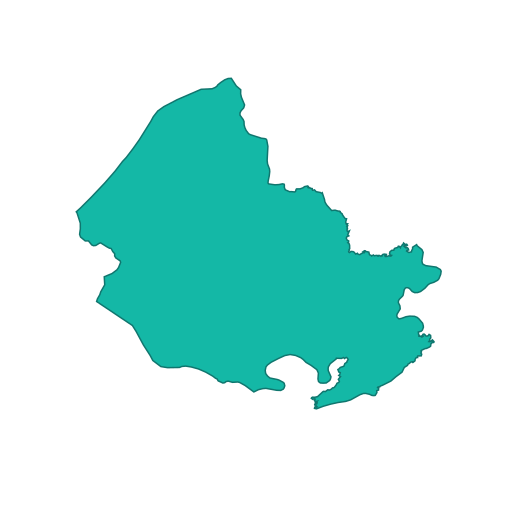 outline of Thoulakhom, Vientiane, Laos, rotated 247°
{"feature_id": "54806243B19850954629179", "entity_name": "Thoulakhom", "entity_type": "district", "adm_level": 2, "iso_a3": "LAO", "parent_name": "Laos", "parent_adm1": "Vientiane", "projection": "equal_earth", "projection_center": [102.616, 18.346], "detail": "fine", "context": "isolated", "style": "filled", "palette": "teal", "viewbox_px": 512, "rotation_deg": 247, "n_neighbors": 0, "source": "geoboundaries", "source_scale": "gbopen_adm2", "svg_char_len": 6098}
<svg xmlns="http://www.w3.org/2000/svg" viewBox="0 0 512 512"><g transform="rotate(247 256 256)"><path d="M183.3,142.0L183.3,144.6L182.1,148.3L179.1,153.1L174.5,158.9L168.7,164.4L162.4,169.2L159.2,171.0L158.1,172.1L155.8,172.4L152.0,175.9L151.6,177.7L152.1,179.2L151.7,181.5L148.9,185.0L147.1,190.1L145.9,191.6L141.0,195.4L131.7,200.9L132.0,206.0L131.3,210.3L130.3,213.4L124.3,222.6L122.6,226.2L122.8,229.1L123.6,230.3L125.3,231.8L127.9,232.2L129.2,231.6L132.8,228.7L134.1,227.2L138.3,221.1L141.0,219.7L144.1,219.0L147.1,219.8L150.0,221.8L151.2,223.9L152.3,228.5L152.9,236.6L153.1,243.6L152.0,248.9L149.0,253.6L144.9,257.5L142.3,259.0L138.5,260.5L133.9,263.9L127.6,267.6L123.9,267.7L118.6,265.0L116.0,264.5L114.0,265.6L112.7,268.2L111.7,271.0L112.6,275.2L113.7,276.5L115.5,277.8L122.2,277.7L124.2,278.4L125.7,279.3L127.9,282.3L129.9,289.6L130.5,290.0L128.3,294.7L128.4,296.8L127.0,297.5L127.4,298.7L127.2,299.8L124.8,300.5L123.4,298.5L122.7,298.1L122.3,295.8L120.2,293.8L120.5,290.0L119.7,288.4L119.5,287.0L116.8,286.9L115.7,288.0L114.2,286.8L113.7,285.5L112.0,286.7L110.3,283.6L108.1,283.8L107.3,282.8L107.2,280.8L106.1,279.6L104.5,276.8L104.4,275.8L104.7,274.9L104.0,273.3L103.9,271.2L104.8,269.8L104.1,266.9L105.0,265.4L105.0,264.7L102.5,257.7L103.0,254.9L104.0,252.8L103.8,251.8L103.4,251.3L101.8,252.3L101.9,253.7L101.3,254.5L100.9,254.4L100.1,253.3L99.4,253.7L98.7,253.5L98.4,255.5L97.3,253.2L96.8,253.3L96.8,254.7L96.2,254.3L96.6,252.3L96.2,251.9L95.8,251.9L95.3,252.7L93.4,253.3L93.3,252.4L94.0,252.0L93.9,251.0L92.9,250.3L91.7,251.9L91.4,259.2L90.5,266.7L89.1,274.2L87.1,281.8L86.6,286.9L87.7,297.5L87.5,301.1L86.7,303.2L84.4,306.4L82.4,308.2L81.4,310.0L81.1,311.3L83.0,313.9L84.9,314.5L84.7,316.4L86.4,317.3L87.3,316.5L87.8,317.3L87.2,318.9L87.7,319.6L87.6,321.9L88.2,331.4L90.2,337.6L92.0,345.0L95.5,349.0L96.1,352.7L97.1,353.7L97.2,355.2L97.8,356.8L97.7,358.2L96.7,358.7L96.7,359.1L97.3,359.4L97.0,360.6L97.5,361.5L98.5,361.9L99.6,363.2L99.7,364.4L99.4,365.1L100.6,365.5L100.8,365.9L99.5,369.1L100.9,370.2L102.1,369.8L103.2,370.9L104.1,370.7L104.5,371.4L104.7,375.3L104.3,376.9L104.4,380.0L104.7,381.4L106.9,382.8L107.1,383.7L108.0,384.7L107.1,385.2L107.0,385.9L107.6,386.4L109.9,385.6L109.2,383.5L109.3,382.4L109.7,381.7L110.5,383.0L111.7,383.4L112.0,384.5L112.6,385.0L114.7,385.7L116.2,384.7L115.4,383.4L115.4,382.0L116.6,380.7L117.3,380.9L118.5,380.2L118.7,379.2L118.2,378.5L116.8,378.5L116.6,377.1L117.7,377.3L117.6,376.2L118.5,374.6L118.8,374.6L119.1,375.4L120.1,375.0L122.6,375.7L122.2,378.7L122.8,380.2L124.9,382.2L126.3,382.7L129.0,383.1L134.5,381.4L136.5,380.4L138.5,378.4L140.6,374.0L141.5,370.4L141.7,365.8L142.2,363.1L144.3,362.0L146.2,362.3L147.5,363.3L151.0,368.1L153.9,369.0L157.4,368.8L159.2,369.7L160.3,371.3L161.8,375.2L162.4,376.1L167.1,379.3L168.2,381.1L168.0,382.3L167.3,383.6L166.1,384.6L162.3,385.9L160.3,387.7L159.2,390.4L159.0,393.6L160.3,398.8L162.4,403.4L162.7,405.4L162.3,409.4L162.7,413.7L163.5,415.4L166.9,418.8L169.7,420.5L171.5,420.4L175.4,417.5L180.8,408.5L183.0,406.6L184.2,406.3L186.7,406.8L194.0,411.3L197.1,411.2L202.5,408.3L203.7,408.3L202.9,403.6L201.2,402.8L200.3,401.5L199.1,400.7L199.5,398.1L201.7,396.5L202.2,397.0L201.9,398.9L203.4,399.0L204.4,398.6L205.1,397.0L207.3,396.0L207.7,396.6L206.4,398.4L206.8,399.6L208.0,399.3L208.3,397.9L210.3,396.9L209.3,396.0L209.3,395.2L208.5,394.4L208.0,392.7L207.2,392.2L209.1,391.5L209.4,390.8L208.5,389.8L208.9,386.9L208.7,386.2L207.5,385.1L208.2,383.1L207.5,380.9L205.8,379.7L205.5,380.0L204.5,379.7L203.6,381.0L203.2,380.1L204.3,378.3L204.4,376.4L205.0,374.8L205.9,374.7L206.0,376.4L206.5,376.7L207.6,374.9L207.9,373.5L207.5,372.5L206.9,372.2L207.3,371.5L206.9,370.9L208.4,369.7L208.6,369.1L208.1,368.7L208.1,368.3L208.6,367.8L209.0,368.0L209.6,366.9L209.9,365.1L211.1,364.4L210.8,363.9L211.0,363.5L210.8,362.4L211.9,362.0L212.3,361.3L213.2,361.0L215.5,361.4L217.4,358.7L218.0,358.7L218.5,357.9L218.2,356.6L217.8,357.3L217.1,357.4L216.7,356.9L217.3,355.7L217.0,354.9L217.1,353.8L216.7,352.6L216.8,351.8L218.0,350.5L218.9,350.4L218.8,348.5L221.2,347.8L222.1,347.1L223.1,345.3L222.6,343.5L222.9,343.1L223.7,342.9L225.0,344.2L225.6,344.2L226.1,345.1L229.4,346.4L231.2,346.5L232.3,345.8L232.4,346.4L233.6,347.2L235.0,346.1L237.0,346.0L238.2,347.0L238.3,349.3L239.7,348.7L242.7,351.8L242.6,350.0L243.4,349.7L244.6,350.0L245.3,350.9L246.2,350.7L247.1,351.6L247.9,351.2L248.4,352.4L249.6,351.8L249.9,352.8L250.7,351.6L252.2,351.8L254.9,353.9L255.7,352.6L260.0,351.7L261.1,351.8L263.4,350.6L263.9,350.9L264.6,350.5L265.3,349.1L267.3,346.7L268.3,343.4L275.0,341.1L277.3,340.7L279.2,340.6L281.0,341.1L288.2,341.7L287.9,341.1L289.2,340.2L291.7,336.5L294.0,335.7L294.4,333.8L295.3,333.7L296.1,334.1L297.2,332.3L297.8,332.3L298.4,330.7L298.9,330.6L299.5,331.4L300.3,330.9L300.9,327.8L300.4,325.8L300.6,322.8L301.9,319.6L301.7,319.0L300.0,317.6L299.8,316.7L301.5,313.6L302.0,312.1L305.5,308.8L308.1,308.9L310.3,309.9L311.2,309.9L312.1,308.5L312.8,305.0L314.1,301.3L317.3,296.0L318.0,295.6L318.8,295.7L320.4,296.6L324.6,299.5L328.3,301.6L330.7,302.4L336.2,302.6L339.6,303.6L352.3,309.8L358.6,311.2L359.8,310.9L360.7,309.8L362.3,307.0L369.9,298.2L371.4,297.0L375.4,296.0L378.5,295.9L381.3,296.3L384.5,297.5L386.6,297.5L391.9,296.3L394.0,297.2L395.5,299.0L397.2,302.6L399.5,304.5L407.8,304.6L411.2,305.2L415.0,306.9L420.2,304.3L429.2,302.7L430.3,299.7L430.4,296.0L429.5,291.3L428.5,287.8L427.5,286.2L427.1,284.2L427.1,280.9L430.9,270.6L430.7,244.6L429.5,229.6L427.9,222.3L424.4,216.0L420.9,211.6L408.6,194.0L402.8,184.6L397.4,175.1L395.2,170.1L389.2,159.5L382.3,145.3L374.5,127.4L368.7,113.0L366.9,107.8L365.7,108.1L354.9,107.1L349.6,104.9L344.9,102.1L342.0,101.9L336.6,104.7L335.3,107.7L330.4,109.1L329.0,110.4L328.3,112.6L328.9,116.5L328.8,118.1L322.5,122.5L320.5,124.1L319.5,125.6L316.0,125.9L313.3,126.8L311.3,125.9L309.0,126.2L304.5,129.1L303.0,128.9L299.1,125.0L297.6,122.6L296.1,116.6L296.2,108.2L288.6,105.5L283.7,99.1L281.4,97.1L278.5,93.3L276.4,91.5L240.3,115.1L233.3,116.2L218.2,117.6L205.9,119.7L200.1,120.2L191.4,125.2L187.8,130.9L183.3,142.0Z" fill="#14b8a6" stroke="#0f766e" stroke-width="1.5"/></g></svg>